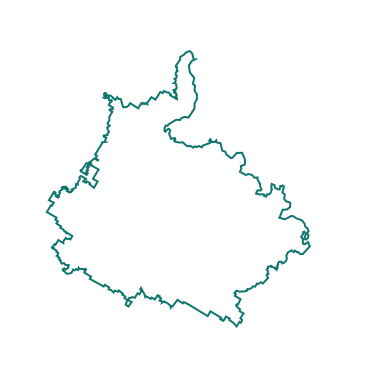 Goulburn Mulwaree, New South Wales, Australia, rotated 292°
{"feature_id": "25037944B47240806764449", "entity_name": "Goulburn Mulwaree", "entity_type": "district", "adm_level": 2, "iso_a3": "AUS", "parent_name": "Australia", "parent_adm1": "New South Wales", "projection": "albers", "projection_center": [149.879, -34.902], "detail": "fine", "context": "isolated", "style": "outline", "palette": "teal", "viewbox_px": 384, "rotation_deg": 292, "n_neighbors": 0, "source": "geoboundaries", "source_scale": "gbopen_adm2", "svg_char_len": 5876}
<svg xmlns="http://www.w3.org/2000/svg" viewBox="0 0 384 384"><g transform="rotate(292 192 192)"><path d="M246.5,74.7L246.3,76.1L248.5,79.5L246.1,80.5L246.1,82.0L247.1,83.0L245.9,83.6L244.0,82.4L241.5,82.2L240.6,87.1L239.1,87.5L238.0,84.9L237.1,84.8L236.5,88.0L230.7,87.2L227.6,88.5L224.3,88.0L223.1,88.8L222.7,90.8L219.8,89.3L216.4,92.6L214.8,91.7L213.2,92.3L211.3,88.9L210.3,89.4L210.3,92.1L206.2,92.2L206.1,93.1L204.2,89.9L203.5,90.4L190.3,88.2L189.9,90.3L187.1,89.9L186.6,93.0L185.9,92.9L186.6,88.9L181.9,86.4L180.7,87.6L181.1,85.6L179.8,85.4L179.3,83.4L171.1,81.6L170.9,80.9L170.4,80.5L170.2,80.6L170.7,81.6L169.5,81.5L168.4,87.9L170.3,88.3L170.7,86.5L173.1,87.5L173.1,86.1L176.3,86.9L175.8,85.4L178.4,85.5L178.5,86.6L179.3,86.9L177.8,97.0L167.2,95.2L166.4,100.6L159.1,99.5L160.9,94.1L161.9,94.2L162.5,90.4L160.9,90.2L161.1,87.1L164.4,88.8L165.3,83.0L163.6,82.1L161.9,83.2L158.3,82.5L156.1,83.4L155.8,81.5L152.4,82.6L149.3,79.7L148.9,80.7L146.6,79.9L146.8,78.8L145.7,78.6L145.9,75.8L147.9,76.1L147.6,75.2L148.8,75.0L149.0,73.8L147.3,73.5L147.5,72.5L149.5,72.8L148.1,69.9L147.2,69.7L146.9,71.2L143.2,69.0L142.1,69.1L141.7,70.1L138.0,69.5L137.9,70.3L136.6,70.1L137.0,67.4L138.3,67.6L138.8,65.4L140.3,65.6L140.6,64.0L130.8,62.4L130.3,67.8L126.7,67.2L126.9,66.2L119.0,64.9L117.5,76.0L115.1,75.7L114.7,78.5L112.0,78.1L111.0,83.5L109.4,83.2L109.0,86.7L107.6,88.7L107.9,90.0L106.7,91.0L107.3,91.6L106.3,97.6L102.5,97.0L102.7,95.7L101.6,93.6L102.0,92.1L97.9,91.2L96.5,91.8L97.3,86.0L91.8,85.2L92.1,84.1L87.9,82.9L87.4,84.0L88.3,85.0L87.4,85.8L86.9,88.4L85.7,88.7L85.5,90.6L84.1,91.2L82.1,90.5L82.0,92.2L81.0,92.7L81.2,93.9L80.1,94.6L78.9,93.9L79.5,94.6L79.2,96.0L78.4,95.9L76.8,98.0L78.1,100.0L77.0,101.8L77.9,105.2L76.5,104.9L75.3,105.7L72.8,103.9L73.4,102.2L71.9,101.2L70.8,101.6L70.7,103.4L69.4,106.1L69.6,107.6L72.0,110.6L75.5,110.8L75.3,112.5L77.2,113.7L76.9,115.5L79.2,115.4L78.5,116.4L79.8,119.8L79.3,120.8L80.9,122.0L80.6,122.8L76.9,122.3L75.7,130.1L73.2,129.7L71.3,145.5L73.3,145.9L72.5,150.9L70.6,151.1L70.7,153.7L69.5,156.9L71.6,157.3L71.8,160.9L73.3,161.2L71.8,166.1L70.7,165.9L70.1,169.4L68.4,169.1L67.8,172.5L62.6,172.8L62.1,176.0L67.4,177.2L67.7,173.0L70.4,173.5L70.5,174.5L72.2,175.9L72.5,178.6L77.7,179.5L77.4,181.6L82.0,182.3L82.3,180.5L83.9,180.7L79.5,186.1L77.0,188.1L78.1,188.7L77.5,193.9L79.0,194.1L78.5,197.8L83.4,198.8L83.4,200.4L83.3,201.0L82.2,200.9L81.8,203.2L79.1,202.7L79.0,203.4L79.7,203.5L79.3,205.6L78.2,205.7L80.1,207.1L79.8,210.4L78.7,214.1L76.9,215.5L78.6,215.8L78.6,216.8L86.6,218.9L85.3,225.2L86.9,225.6L86.4,231.3L82.8,253.0L88.3,253.9L86.3,266.1L84.7,265.8L84.3,268.5L84.9,268.6L84.6,269.5L89.3,270.2L88.6,274.5L87.4,274.3L86.2,279.4L84.1,283.7L89.4,284.6L89.1,286.2L90.5,286.5L92.1,286.4L93.2,284.1L98.7,285.3L99.3,280.9L101.3,280.4L101.9,277.7L103.5,275.3L104.6,275.5L104.9,276.7L110.8,277.1L111.8,270.6L113.7,270.9L114.2,269.1L117.2,270.2L117.3,273.1L119.6,278.3L120.4,278.5L120.7,279.7L122.9,279.9L123.0,281.0L125.2,283.2L127.2,283.7L127.9,286.0L131.3,286.5L131.2,287.5L134.2,289.9L133.7,291.9L140.7,294.7L143.0,292.3L144.7,293.5L145.1,292.6L147.4,291.8L148.2,290.3L150.1,291.1L151.1,290.4L153.2,293.2L152.4,293.5L152.8,297.1L152.1,297.8L152.7,298.1L151.7,299.6L154.1,299.7L155.5,298.5L156.6,299.2L158.3,298.4L160.1,299.1L160.9,301.2L159.5,302.1L161.0,303.9L163.5,305.0L165.8,304.9L168.3,303.3L172.0,303.6L175.2,306.2L174.3,308.9L176.2,309.3L175.5,312.3L176.2,312.8L175.0,315.7L176.0,318.0L185.8,321.6L189.1,318.3L186.0,316.3L185.5,315.2L186.1,313.9L189.8,312.5L191.4,310.0L194.6,310.7L196.5,310.1L197.4,311.1L195.5,313.3L190.5,313.6L190.5,315.4L192.7,316.7L195.9,316.0L197.0,314.0L199.3,314.7L201.2,313.1L202.7,309.6L204.7,308.4L206.9,304.5L206.7,298.2L207.5,295.2L207.0,293.1L201.5,288.4L200.8,282.7L209.5,282.8L211.3,286.5L214.8,288.6L218.9,287.1L218.6,282.6L220.1,280.1L224.5,278.9L225.5,275.9L231.4,275.3L232.0,273.4L230.7,272.8L230.7,271.6L227.4,272.3L226.7,271.4L226.9,267.3L229.2,266.0L229.3,262.8L225.6,263.9L224.6,265.0L220.4,265.2L218.6,264.2L217.9,262.4L215.5,262.5L215.4,260.3L216.4,260.2L216.6,258.7L215.4,256.8L214.5,252.0L217.2,251.9L218.5,252.8L218.9,254.8L220.3,255.5L223.1,252.8L224.7,252.4L228.1,248.1L230.0,247.4L228.6,244.5L230.1,241.8L230.2,239.4L229.7,237.5L228.0,235.6L228.6,228.9L232.1,229.0L234.3,227.6L236.9,230.4L238.1,230.6L242.5,228.5L247.1,223.7L245.0,218.9L239.0,216.7L238.0,215.4L239.6,210.1L241.7,207.8L241.7,204.5L247.9,200.2L247.2,196.2L248.9,195.1L247.0,194.4L245.7,191.7L247.8,189.3L246.2,188.7L244.1,190.2L239.0,184.6L237.1,184.4L237.2,181.1L235.4,179.4L235.3,177.4L233.6,176.5L234.1,173.3L232.7,170.5L234.6,164.6L233.3,162.4L232.3,157.6L232.9,156.2L234.4,156.8L235.5,156.0L233.5,152.6L237.3,149.0L240.7,148.8L241.7,147.6L241.6,146.5L240.2,145.3L238.0,144.8L238.2,143.8L240.9,142.6L243.8,142.8L244.2,144.7L246.0,144.9L253.1,150.3L254.3,154.0L256.2,154.3L257.9,155.9L259.1,157.4L259.6,160.9L270.4,163.0L274.9,161.2L279.7,161.8L284.4,159.9L287.0,156.3L291.8,154.9L292.6,152.3L298.6,151.4L302.1,145.2L308.1,141.7L313.4,142.7L316.2,145.2L315.8,143.7L320.4,140.4L321.9,137.3L319.5,134.3L316.1,133.0L312.8,130.5L310.1,131.4L302.3,129.6L302.9,130.1L302.0,130.3L302.0,131.4L299.1,132.3L298.7,133.2L296.9,132.3L294.7,132.8L294.1,134.4L292.0,134.7L290.3,133.4L289.7,135.1L287.5,135.3L286.4,134.6L286.8,135.8L286.1,136.8L282.6,138.9L281.0,138.3L279.8,136.7L279.1,137.2L279.4,138.0L278.4,137.9L278.9,138.9L277.4,139.0L277.4,140.4L275.8,141.6L274.7,141.0L273.5,142.9L272.4,143.2L273.5,135.7L274.5,135.9L275.5,132.6L274.8,130.8L275.2,128.2L272.7,127.7L272.9,125.1L263.9,123.5L264.7,118.9L257.7,117.1L256.6,117.7L257.0,115.4L255.9,115.2L256.2,113.4L255.1,113.2L255.4,111.8L249.4,110.7L251.2,101.4L248.1,100.8L246.1,99.3L244.9,96.3L251.5,91.2L250.7,89.0L251.9,87.2L248.7,86.4L250.9,80.6L249.7,76.7L251.4,75.5L251.0,73.8L249.2,73.9L248.2,76.3L246.5,74.7Z" fill="none" stroke="#0f766e" stroke-width="2"/></g></svg>